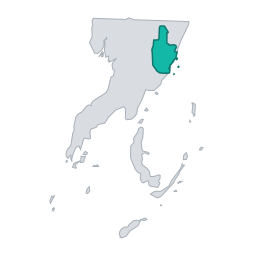 East Sepik highlighted on a map of Papua New Guinea, rotated 92°
{"feature_id": "PNG-1239", "entity_name": "East Sepik", "entity_type": "Province", "adm_level": 1, "iso_a3": "PNG", "parent_name": "Papua New Guinea", "parent_adm1": "", "projection": "mercator", "projection_center": [143.363, -4.131], "detail": "fine", "context": "in_parent", "style": "filled", "palette": "teal", "viewbox_px": 256, "rotation_deg": 92, "n_neighbors": 0, "source": "natural_earth", "source_scale": "10m", "svg_char_len": 5440}
<svg xmlns="http://www.w3.org/2000/svg" viewBox="0 0 256 256"><g transform="rotate(92 128 128)"><path d="M19.6,166.3L19.6,133.7L17.9,131.3L19.6,125.5L19.5,70.8L22.6,71.1L37.6,77.7L47.7,81.2L56.5,82.8L64.7,88.3L70.7,88.6L79.6,96.2L83.2,96.8L89.5,103.2L89.8,108.4L89.1,111.6L98.7,114.8L107.9,119.2L112.9,119.7L115.7,121.2L119.1,125.0L119.8,130.1L117.8,131.0L109.2,131.0L106.8,132.6L110.2,140.6L118.0,148.0L123.9,151.3L125.6,158.0L128.6,160.0L130.5,165.3L133.6,165.9L139.5,165.0L140.5,167.2L139.6,170.5L140.4,171.9L151.3,174.7L147.7,176.4L149.4,179.5L156.5,182.1L160.9,183.1L163.6,182.8L160.5,184.3L157.7,183.9L157.2,184.3L158.3,185.6L160.6,187.0L158.2,188.8L155.9,189.0L151.4,187.9L147.6,184.5L135.7,183.1L131.6,181.6L128.3,182.2L118.6,180.4L115.5,178.0L113.4,174.5L107.7,170.3L106.3,168.2L106.9,165.4L105.3,165.8L102.1,163.8L93.3,150.9L88.9,149.1L77.9,146.9L76.3,144.4L71.1,143.4L70.0,145.1L65.8,146.2L62.2,145.0L58.7,141.8L62.8,149.0L61.4,148.9L62.1,150.0L61.3,150.2L56.7,149.8L58.1,152.7L50.5,154.4L44.9,153.8L42.2,154.5L41.0,154.4L39.6,152.3L37.5,152.7L39.3,152.7L41.4,155.2L46.2,154.9L50.7,156.8L54.6,161.0L54.4,164.0L44.0,169.4L37.9,167.0L29.0,167.7L25.9,166.8L21.9,167.8L19.6,166.3ZM177.7,94.3L179.9,95.8L182.1,94.2L186.3,96.1L185.5,103.1L184.1,105.1L180.5,105.8L180.1,106.8L182.4,111.0L181.5,112.5L178.4,114.0L173.3,113.8L171.9,116.7L169.1,119.2L158.1,124.3L146.1,124.7L142.2,121.5L138.0,122.1L132.5,118.5L127.9,117.0L126.9,115.6L127.0,113.7L128.3,112.7L136.6,112.8L141.8,114.3L148.7,113.4L150.6,112.3L151.4,107.8L152.5,105.9L153.7,106.8L152.2,110.3L153.9,113.4L158.8,112.5L161.9,113.2L164.3,112.3L167.8,107.4L170.5,105.2L175.6,104.0L175.5,100.4L173.7,95.5L174.4,94.1L177.7,94.3ZM238.1,130.5L237.4,132.1L237.1,131.6L234.6,133.1L231.7,132.6L229.1,131.0L227.1,128.1L227.1,124.9L224.3,123.5L220.6,119.4L219.9,116.7L220.2,112.3L225.5,114.8L230.9,122.5L236.1,126.0L238.1,130.5ZM196.9,96.3L193.4,103.3L191.1,100.4L190.3,98.4L190.1,93.0L184.4,85.0L178.6,82.4L166.7,74.0L162.1,72.7L163.2,72.3L163.2,70.3L169.1,74.6L172.7,75.7L177.5,79.0L180.8,80.2L195.2,92.7L196.9,96.3ZM102.4,61.5L113.6,61.8L113.8,62.8L112.3,62.9L110.4,64.6L103.8,64.1L100.8,65.0L100.6,63.8L101.7,63.4L101.5,62.2L102.4,61.5ZM158.9,169.7L160.9,170.9L162.7,170.7L164.0,172.1L164.2,174.4L163.5,174.9L163.0,174.2L157.6,173.8L158.6,172.5L157.6,169.8L158.9,169.7ZM157.6,71.6L153.6,71.5L150.6,68.8L154.5,67.5L157.5,68.8L157.6,71.6ZM167.0,179.6L169.5,178.2L170.1,178.7L169.1,182.2L165.2,180.7L162.5,175.0L167.0,179.6ZM187.9,164.7L192.2,164.0L194.3,165.6L194.9,166.1L194.5,167.6L190.9,167.0L187.9,164.7ZM197.9,199.0L206.0,202.9L203.0,203.5L200.5,202.5L200.1,201.5L199.1,201.8L199.6,201.2L197.9,199.0ZM122.4,117.9L118.8,114.9L119.0,113.0L122.8,114.7L122.4,117.9ZM156.2,171.8L155.2,171.9L152.8,169.9L154.2,167.6L155.9,168.4L156.2,171.8ZM219.0,112.1L217.4,107.4L218.7,105.9L220.1,108.9L219.0,112.1ZM110.0,112.1L107.5,110.2L109.3,108.5L110.4,109.4L110.0,112.1ZM147.8,55.4L146.4,55.7L144.6,54.2L145.1,52.5L147.2,53.6L147.8,55.4ZM93.6,100.5L92.2,102.2L91.2,100.9L92.8,99.0L93.6,100.5ZM167.5,156.0L167.6,161.7L166.4,160.5L167.0,158.2L165.8,157.5L167.5,156.0ZM55.6,157.4L58.0,159.8L52.1,156.0L55.6,157.4ZM57.7,156.9L54.5,155.9L53.8,155.2L57.6,155.5L57.7,156.9ZM213.6,199.5L213.4,200.3L211.3,200.5L209.9,199.3L211.2,199.6L211.0,198.8L213.6,199.5ZM189.7,77.1L189.8,79.7L188.3,77.9L189.7,77.1ZM181.8,75.7L181.2,76.4L179.7,74.6L180.0,74.3L181.8,75.7ZM164.3,187.7L164.1,188.9L162.6,188.3L162.8,187.5L164.3,187.7ZM180.5,73.7L179.4,74.0L179.6,72.3L180.5,73.7ZM119.6,65.5L119.8,66.8L118.2,66.5L119.6,65.5ZM204.6,91.7L204.4,92.9L203.6,92.5L204.6,91.7Z" fill="#d9dde1" stroke="#a8b0b8" stroke-width="1"/><path d="M50.3,81.7L50.6,81.6L50.8,81.7L51.2,81.7L52.2,81.8L52.3,81.8L52.6,82.0L52.8,82.1L53.0,82.1L56.1,82.6L56.7,82.9L57.0,83.0L57.8,83.9L58.0,84.3L58.1,84.5L58.4,84.6L58.5,84.6L59.0,84.8L59.4,84.7L59.5,84.7L59.6,84.8L59.5,85.0L59.8,85.3L60.0,85.4L60.5,85.4L60.8,85.5L61.0,85.6L61.6,86.4L61.8,86.6L62.4,86.8L62.6,86.9L62.9,87.1L63.6,88.1L64.0,88.2L64.5,88.3L65.4,88.2L65.6,88.2L65.8,88.2L66.1,88.2L66.0,88.3L65.9,88.4L65.7,88.4L65.6,88.6L65.8,88.7L66.1,88.8L66.3,88.9L66.7,88.7L66.9,88.8L67.0,89.1L67.3,89.2L67.6,88.8L67.7,88.6L67.8,88.5L67.7,88.3L68.2,88.2L68.9,88.2L69.5,88.3L70.0,88.4L71.0,88.4L71.2,88.5L71.4,88.7L71.5,88.9L71.7,89.1L71.7,89.4L71.7,90.7L71.8,90.8L72.0,91.0L71.9,98.1L70.2,100.9L64.4,105.3L63.8,105.4L63.2,105.5L51.8,106.4L50.0,106.8L49.1,106.8L47.7,106.6L45.7,106.0L44.9,105.5L44.7,105.5L44.4,105.5L43.8,105.6L42.2,105.5L41.4,105.4L39.2,105.3L38.9,101.0L37.4,100.2L27.2,100.1L26.1,100.0L25.3,99.7L25.0,99.1L24.9,98.4L24.8,96.0L24.9,95.3L25.2,94.9L30.4,91.4L30.5,91.4L30.8,91.4L31.1,91.3L31.1,91.6L31.3,91.7L31.5,91.8L31.7,92.0L31.5,92.4L31.6,92.5L31.9,92.3L32.1,92.4L32.3,92.4L41.2,92.2L42.0,92.0L42.3,91.5L42.4,91.3L42.4,91.0L42.7,90.3L43.1,90.0L43.6,89.7L43.8,89.1L43.8,88.6L43.8,88.2L43.6,87.9L43.5,87.4L43.4,87.1L43.3,86.3L43.4,85.7L43.3,84.6L43.3,84.4L43.6,83.8L43.8,83.3L44.0,83.1L44.2,82.9L44.6,82.8L44.8,82.8L45.2,82.5L45.4,82.5L45.5,82.5L46.0,82.7L46.4,82.9L49.1,84.0L49.5,84.1L49.9,84.1L50.1,84.0L50.2,83.6L50.3,81.7L50.3,81.7ZM57.6,82.0L57.4,82.0L57.0,81.9L56.9,81.9L56.7,81.8L56.5,81.6L56.6,81.3L56.6,81.2L57.0,81.1L57.4,81.3L57.8,81.6L57.9,81.9L57.6,82.0ZM64.6,79.7L64.8,79.4L65.1,79.3L65.5,79.7L65.6,79.9L65.4,80.1L64.9,80.0L64.6,79.7ZM72.4,83.8L72.6,83.8L72.7,84.0L72.4,84.1L72.3,83.9L72.4,83.8Z" fill="#14b8a6" stroke="#0f766e" stroke-width="1.5"/></g></svg>